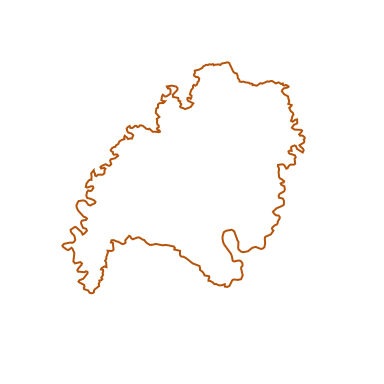 Pinhão, Paraná, Brazil (Mercator projection), rotated 307°
{"feature_id": "56859067B8399558053626", "entity_name": "Pinhão", "entity_type": "district", "adm_level": 2, "iso_a3": "BRA", "parent_name": "Brazil", "parent_adm1": "Paraná", "projection": "mercator", "projection_center": [-51.658, -25.801], "detail": "fine", "context": "isolated", "style": "outline", "palette": "amber", "viewbox_px": 384, "rotation_deg": 307, "n_neighbors": 0, "source": "geoboundaries", "source_scale": "gbopen_adm2", "svg_char_len": 6090}
<svg xmlns="http://www.w3.org/2000/svg" viewBox="0 0 384 384"><g transform="rotate(307 192 192)"><path d="M210.1,280.3L210.3,278.9L211.0,277.8L212.2,277.5L215.3,278.2L217.1,279.3L218.7,279.1L220.1,278.3L224.0,277.8L225.0,276.8L225.3,275.3L223.9,273.0L224.2,270.1L225.0,268.5L229.8,269.3L235.0,272.3L237.0,273.0L239.2,271.6L240.5,270.4L241.4,268.4L239.8,264.9L241.2,263.4L243.2,263.1L248.0,265.2L249.9,264.6L252.1,262.4L251.5,259.0L252.1,257.7L253.4,258.2L254.7,259.4L256.0,259.2L256.2,255.7L255.8,254.3L256.3,252.6L260.2,249.0L261.9,248.3L263.4,247.0L264.1,245.4L265.4,244.4L268.6,247.6L269.0,249.5L267.4,253.3L268.7,254.0L270.5,253.6L272.1,253.8L273.2,254.3L275.4,257.1L276.7,257.4L280.3,253.9L282.1,254.0L283.2,252.2L282.1,248.7L281.4,247.6L281.4,245.9L282.5,244.6L284.0,245.2L284.8,246.8L287.3,244.2L288.5,244.4L290.9,245.9L291.2,247.4L289.6,250.0L290.2,256.6L292.5,256.1L293.4,254.5L293.6,251.0L294.0,249.7L299.1,251.7L300.4,251.0L301.1,249.7L302.7,249.8L303.5,248.7L303.6,247.0L303.2,245.6L302.0,244.4L302.5,242.9L305.9,243.3L307.3,242.9L307.1,241.5L303.6,236.4L303.4,233.1L307.1,232.9L308.7,234.1L310.4,234.6L313.2,232.2L311.9,231.1L308.6,230.0L308.4,228.2L310.5,227.7L313.0,226.5L314.8,226.5L315.9,225.0L316.0,222.3L317.7,219.0L320.1,219.6L321.4,219.3L320.3,215.9L323.0,215.1L324.9,212.4L326.2,211.2L325.5,206.9L326.5,203.1L327.9,202.7L329.9,202.9L333.0,205.4L334.2,205.8L334.5,204.4L333.9,202.4L332.6,201.7L332.2,200.4L333.3,199.2L331.9,198.2L331.7,195.2L329.2,193.6L328.9,189.3L328.1,188.2L326.5,187.2L325.9,185.8L320.7,182.8L320.2,181.2L315.8,179.7L314.8,177.2L313.8,176.1L314.7,175.4L314.4,174.1L313.5,173.2L313.4,171.5L311.9,169.1L311.0,166.5L309.5,165.0L308.9,163.4L310.0,162.3L310.6,159.9L312.0,158.8L313.6,156.4L312.7,154.4L313.0,152.4L317.4,144.1L317.1,142.5L312.4,138.4L310.4,138.2L310.1,136.7L307.4,133.7L306.3,133.1L306.8,131.8L305.3,130.7L304.5,129.0L303.1,128.4L302.1,126.8L298.9,125.3L297.6,125.6L293.8,123.9L290.6,121.2L288.8,122.7L286.7,123.0L286.1,124.1L286.3,126.3L287.3,127.2L287.0,129.5L284.6,130.6L283.2,130.4L280.8,131.3L278.9,130.7L278.7,129.0L277.3,128.9L275.8,130.1L272.8,130.0L268.6,131.6L268.7,133.6L267.0,134.7L265.5,134.9L265.5,132.7L264.3,131.8L263.0,132.7L262.5,134.0L263.6,139.7L259.2,139.8L255.9,137.8L254.0,136.5L253.7,134.4L252.9,132.7L252.9,131.2L255.7,130.6L255.9,129.1L257.4,128.0L256.7,126.5L258.8,124.3L256.5,119.7L258.1,118.1L264.6,118.9L266.2,118.0L266.7,116.1L264.8,111.8L261.1,108.4L260.2,110.5L261.3,111.8L260.5,113.6L257.5,115.6L253.2,114.2L252.0,113.0L252.1,110.2L250.5,110.4L246.9,112.2L247.2,114.4L248.3,115.9L246.0,115.7L243.3,112.5L241.4,112.2L239.0,114.1L237.2,113.3L233.4,115.4L232.3,120.8L229.0,119.9L228.1,121.3L226.8,121.8L225.0,123.9L225.0,125.4L223.8,126.4L221.7,125.7L220.8,127.1L221.6,128.9L220.9,130.1L219.6,129.3L218.0,126.3L216.5,124.5L216.9,119.9L215.8,119.4L215.0,117.4L215.3,113.3L214.8,111.8L213.9,110.3L212.0,110.1L211.0,109.5L211.3,107.7L210.4,106.7L207.3,105.9L206.1,104.3L207.2,102.5L205.6,101.8L203.4,101.6L201.8,103.4L201.1,105.3L202.3,108.6L201.9,111.0L198.4,111.8L197.6,110.4L195.8,109.1L196.4,106.9L196.4,104.4L195.0,104.8L193.5,106.3L191.9,104.9L189.1,103.7L187.8,103.6L186.1,104.3L183.8,103.3L181.9,103.6L180.8,102.5L178.7,101.7L176.4,101.9L176.0,103.2L176.3,104.7L175.3,105.6L174.7,107.0L176.9,109.5L176.4,111.2L172.5,110.2L169.5,107.6L167.9,107.6L165.6,110.8L163.3,110.4L162.6,109.0L162.2,106.3L158.9,104.4L156.8,103.8L156.1,105.3L158.5,107.4L158.5,108.9L156.8,109.0L154.2,110.8L152.0,110.2L149.3,106.5L147.0,106.0L146.9,104.7L148.3,103.5L148.9,101.9L150.3,100.4L146.1,100.3L143.9,102.5L141.1,104.4L140.5,103.2L138.9,102.6L135.1,102.7L132.1,104.2L132.4,105.5L136.2,108.3L136.8,109.6L135.9,110.8L132.9,111.0L131.6,110.3L130.8,108.2L128.7,108.2L125.6,109.7L124.9,110.6L124.2,112.1L125.5,114.9L126.4,118.7L126.1,120.8L124.9,121.3L119.9,118.8L119.4,116.9L120.5,113.5L120.5,111.7L119.8,110.1L116.5,106.9L114.1,107.2L111.7,107.8L110.2,109.3L108.7,112.1L107.1,120.3L107.7,122.2L107.6,124.1L106.1,124.3L103.0,121.4L101.4,121.5L100.0,122.5L97.8,126.7L98.9,129.6L97.9,131.4L93.9,131.0L92.2,130.3L93.5,127.8L94.1,120.8L93.7,119.5L88.8,117.8L87.4,119.1L86.6,121.6L86.5,123.5L85.8,125.0L83.4,127.6L81.2,127.8L79.5,127.1L78.3,125.1L73.6,121.0L71.3,120.7L70.6,121.7L70.6,126.5L71.2,128.2L74.9,129.3L74.8,130.6L72.4,134.8L65.1,139.1L64.6,141.6L68.8,145.0L68.7,147.2L66.9,147.6L63.3,147.2L60.5,147.5L59.8,148.8L63.2,154.4L64.8,155.0L65.3,156.5L64.3,157.5L57.3,157.4L54.0,155.3L52.2,155.2L52.0,156.8L52.9,161.6L51.8,163.1L50.4,163.2L49.5,164.3L50.9,168.4L49.9,170.8L50.7,172.8L52.0,173.8L53.2,173.9L54.4,173.0L55.9,173.0L61.1,174.4L62.5,172.7L64.2,172.5L65.5,171.3L67.1,172.7L68.5,172.8L69.0,171.1L72.5,170.8L73.3,169.4L74.9,169.0L76.2,167.9L75.4,165.9L76.6,165.6L79.8,166.8L80.5,168.9L84.1,165.8L84.8,163.9L86.7,164.0L88.5,162.7L93.2,161.2L94.3,159.9L96.4,163.1L97.7,164.0L98.8,164.0L103.8,159.3L102.9,157.6L105.0,156.8L106.5,158.5L107.1,161.5L107.9,163.0L108.4,167.6L109.7,168.8L111.4,169.5L113.3,167.8L119.2,168.2L119.4,169.5L118.6,170.8L118.5,173.1L123.0,175.9L124.0,177.5L124.3,181.3L124.9,182.7L124.0,186.4L124.5,190.5L127.5,193.5L128.7,194.2L131.9,200.9L133.6,202.5L134.9,204.6L137.6,210.4L137.0,212.0L135.4,212.4L137.8,217.9L134.8,220.0L134.1,221.1L134.1,222.4L135.2,224.3L135.6,227.2L135.4,235.6L137.4,242.5L135.9,244.4L134.6,245.2L134.6,248.4L133.7,251.1L132.9,252.2L135.0,256.3L134.1,257.4L132.5,257.6L131.0,258.6L131.9,260.0L132.3,263.1L131.9,265.4L133.0,266.5L133.6,269.5L135.2,271.7L138.1,273.7L136.2,275.1L137.4,277.3L139.5,278.4L145.6,277.3L147.1,277.8L149.5,281.6L151.9,283.7L156.0,282.6L160.5,277.2L161.8,276.5L163.3,276.8L164.4,276.1L165.7,274.7L166.2,272.5L165.8,271.2L164.6,269.7L161.9,267.5L161.6,265.9L165.0,262.1L166.2,260.0L169.2,249.9L170.5,247.3L172.9,244.6L175.0,243.1L179.0,241.6L181.6,242.6L185.8,246.5L186.0,249.4L180.8,257.3L180.0,259.2L175.3,262.4L174.2,263.7L173.9,266.9L174.7,269.1L178.4,272.4L183.7,273.7L186.5,275.9L187.7,280.5L188.6,282.0L189.9,282.7L191.6,283.0L195.1,281.3L198.6,278.1L200.3,277.5L205.6,280.5L210.1,280.3Z" fill="none" stroke="#b45309" stroke-width="2"/></g></svg>